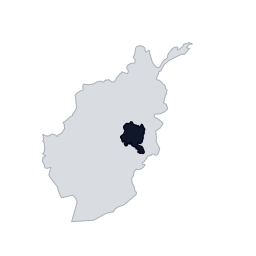 Ghazni on a map of Afghanistan (Natural Earth projection), rotated 337°
{"feature_id": "AFG-1757", "entity_name": "Ghazni", "entity_type": "Province", "adm_level": 1, "iso_a3": "AFG", "parent_name": "Afghanistan", "parent_adm1": "", "projection": "natural_earth1", "projection_center": [67.708, 33.141], "detail": "fine", "context": "in_parent", "style": "filled", "palette": "ink", "viewbox_px": 256, "rotation_deg": 337, "n_neighbors": 0, "source": "natural_earth", "source_scale": "10m", "svg_char_len": 7345}
<svg xmlns="http://www.w3.org/2000/svg" viewBox="0 0 256 256"><g transform="rotate(337 128 128)"><path d="M113.2,73.9L117.7,73.5L120.8,74.0L122.4,75.6L123.9,76.0L125.5,75.2L126.4,75.1L126.8,75.6L127.6,75.8L128.8,75.7L129.4,76.2L129.6,77.1L130.5,78.3L132.0,79.8L133.4,80.1L135.3,79.0L135.9,79.1L136.2,78.7L136.4,77.9L137.5,77.1L139.5,76.4L140.6,75.8L141.0,75.2L141.7,75.1L142.5,75.2L143.0,75.0L143.4,74.3L144.1,74.0L144.7,74.2L147.5,76.8L148.6,77.6L149.1,77.5L150.5,76.0L150.7,74.7L150.3,73.0L150.5,71.6L151.5,70.6L153.1,69.9L155.6,69.7L157.1,69.8L157.7,70.4L158.5,70.7L159.4,70.7L160.3,70.1L161.1,68.8L161.1,67.2L160.4,65.3L160.6,64.7L161.8,63.8L163.1,62.4L164.4,60.5L165.6,58.3L167.1,56.9L168.9,56.4L171.1,57.0L173.7,58.7L174.7,60.9L174.1,63.4L174.0,64.8L174.5,65.1L177.5,64.6L177.9,65.0L177.8,65.7L177.4,66.8L176.9,69.8L176.1,77.3L177.4,81.8L178.3,83.5L179.2,84.1L180.0,84.3L180.9,84.1L182.7,83.0L185.3,80.9L187.9,79.6L191.7,78.9L192.9,76.6L194.6,75.1L198.6,72.9L200.8,72.0L202.0,71.9L205.1,72.7L205.2,73.4L205.0,74.1L204.2,74.7L203.9,75.2L204.3,75.5L205.5,75.7L210.7,74.1L211.9,72.8L213.0,72.7L215.3,73.3L217.0,73.1L217.9,73.7L220.0,75.7L219.3,75.8L218.4,75.4L217.8,74.7L215.7,75.6L213.4,76.8L213.5,77.1L215.6,79.0L211.2,80.9L209.3,82.1L208.8,82.1L205.8,81.1L197.6,81.4L191.3,82.0L188.9,83.0L186.6,83.5L185.4,84.0L184.6,85.1L181.2,87.4L180.6,88.3L178.6,88.2L176.7,90.5L173.8,93.2L173.2,94.4L173.6,95.1L175.2,96.1L175.9,97.0L177.0,99.6L177.5,101.4L178.2,102.2L178.6,104.4L177.9,105.7L177.9,106.3L178.9,108.0L178.6,108.5L177.9,109.3L176.8,111.4L174.8,113.0L173.9,114.4L172.5,115.9L171.9,117.2L171.2,117.9L170.6,118.3L170.8,119.0L171.3,119.9L172.3,120.9L172.3,124.8L171.8,125.9L169.2,127.0L166.7,127.5L163.6,127.5L162.5,127.3L158.2,125.9L156.9,126.6L156.6,128.3L159.0,131.1L160.0,132.7L161.2,135.3L162.0,136.7L161.7,137.9L157.3,140.7L154.6,141.0L152.8,141.5L152.0,142.2L151.4,145.2L150.7,146.2L150.7,147.5L150.2,149.0L149.3,149.9L148.6,151.5L149.2,159.3L146.6,162.5L145.2,163.6L143.9,164.1L142.8,163.9L141.3,162.1L140.4,161.5L139.4,161.6L138.4,162.2L136.8,162.0L135.4,161.4L134.7,161.5L134.3,162.1L132.9,163.4L129.3,165.5L127.8,165.6L127.2,166.2L127.4,167.0L128.1,167.7L129.2,168.2L129.2,168.7L127.4,169.8L125.5,170.5L123.4,170.7L121.2,170.3L120.0,169.4L118.7,169.3L117.5,170.0L116.2,171.1L114.4,173.9L111.9,175.6L111.2,177.3L110.4,180.4L110.6,184.9L110.3,186.9L109.7,188.3L109.9,189.3L110.7,190.5L110.4,191.3L109.6,192.1L108.9,192.6L94.8,197.0L92.5,197.1L91.3,196.9L87.3,196.9L85.7,197.2L84.0,197.8L82.8,198.6L81.8,199.6L80.2,199.0L74.9,198.0L60.7,199.4L59.3,199.1L39.5,192.2L52.0,176.8L52.4,175.5L52.4,173.0L51.7,169.7L50.5,168.1L39.7,166.3L39.3,163.7L39.5,162.5L39.4,160.3L39.4,158.5L40.0,155.7L40.0,154.4L36.8,141.6L36.8,140.3L38.9,137.4L41.5,134.5L41.4,134.0L40.1,133.7L38.2,133.7L37.1,133.2L36.3,132.4L36.0,131.3L36.6,129.2L36.2,125.2L38.2,121.8L41.4,121.6L39.8,119.2L39.5,118.9L39.4,118.5L39.6,118.1L40.4,117.9L42.3,116.4L42.4,115.5L44.0,113.2L43.9,112.1L45.0,109.4L44.5,107.6L44.4,106.6L45.6,106.0L46.3,103.4L46.8,102.8L46.8,102.1L46.6,101.1L47.6,100.9L48.6,102.3L50.1,103.7L51.1,104.1L52.4,104.3L55.2,103.8L55.8,103.9L58.6,106.3L59.1,106.9L59.4,107.9L59.8,108.2L60.8,107.2L61.8,106.9L63.7,107.2L64.7,106.9L69.5,103.8L69.8,101.9L70.3,100.8L70.9,100.2L70.2,98.0L70.5,97.5L71.1,97.3L72.7,97.3L79.9,94.9L81.7,94.9L82.1,94.7L82.3,94.0L82.8,93.3L86.2,91.5L88.2,89.7L88.9,88.3L92.2,77.2L93.9,76.3L95.6,75.6L101.6,75.3L102.7,71.9L103.2,71.1L104.2,70.3L108.6,72.8L113.2,73.9Z" fill="#d9dde1" stroke="#a8b0b8" stroke-width="1"/><path d="M118.1,138.6L117.7,138.6L117.5,138.1L117.6,137.3L117.7,137.1L117.8,137.0L117.8,136.9L117.8,136.2L117.9,135.9L118.0,135.8L117.9,135.3L117.6,134.2L117.6,133.9L117.8,133.3L117.9,133.2L118.1,133.0L119.2,132.6L119.9,132.4L120.3,132.4L121.6,132.0L121.8,131.9L122.1,131.7L122.3,131.4L122.4,131.2L122.5,131.0L122.7,130.9L123.5,130.1L123.7,129.9L124.2,129.2L124.3,129.1L124.6,128.9L124.7,128.7L124.5,128.1L124.4,127.9L124.1,127.7L124.1,127.3L124.2,127.2L124.3,127.1L124.4,126.7L124.5,126.5L124.5,126.4L124.2,126.1L124.5,125.5L124.5,125.4L124.6,125.1L124.8,124.9L125.3,124.5L125.9,124.6L126.1,124.6L126.5,124.4L126.7,124.0L126.7,123.9L126.8,123.8L127.0,123.7L128.1,123.4L128.4,123.4L128.8,123.5L129.3,123.7L129.7,123.9L130.0,124.3L130.3,124.4L130.9,124.4L131.1,124.4L131.3,124.4L132.1,124.1L132.4,123.9L132.6,123.7L132.8,123.6L133.0,123.5L133.3,123.6L133.5,123.7L133.9,124.1L134.0,124.2L134.0,124.4L134.2,125.1L134.2,125.4L134.2,125.6L134.2,125.9L134.2,126.0L134.2,126.3L134.3,126.5L134.4,126.9L134.4,127.1L134.5,127.4L134.6,127.5L134.8,127.5L135.6,127.9L135.8,128.1L136.4,128.5L136.6,128.7L136.6,128.8L137.7,130.0L137.8,130.1L138.1,130.1L138.5,130.1L138.6,130.4L138.6,130.5L138.5,131.0L138.4,131.2L138.4,131.4L138.4,131.5L138.5,131.5L138.8,131.7L139.3,131.8L139.6,131.8L139.7,131.7L140.8,131.1L141.4,130.3L141.8,130.0L142.1,130.2L142.2,130.3L142.3,130.4L142.3,130.5L142.4,130.8L142.5,131.1L142.5,131.3L142.4,131.3L142.3,131.5L142.2,131.6L142.2,131.8L142.3,132.0L142.4,132.3L142.5,132.5L142.5,132.8L142.5,133.4L142.5,134.0L142.6,134.4L142.8,134.7L142.9,135.0L142.9,135.3L142.6,136.0L142.5,136.3L141.6,137.1L141.4,137.4L141.3,137.8L141.2,138.1L141.2,138.4L141.0,138.6L140.9,138.8L140.1,139.8L138.9,140.7L138.8,140.9L138.7,141.1L138.1,142.9L137.6,143.5L137.3,144.0L136.4,144.9L136.3,145.0L136.1,145.1L136.1,145.3L136.1,145.6L136.0,145.8L135.6,146.1L135.1,146.5L134.9,146.6L134.6,146.8L134.2,146.9L133.5,146.9L133.3,147.0L133.2,146.9L132.5,146.5L131.4,145.4L130.8,146.2L130.3,147.2L130.2,147.3L130.5,147.7L131.7,148.7L131.8,149.0L132.3,149.5L132.9,150.0L133.2,150.2L133.3,150.2L133.3,150.3L133.6,151.2L133.7,151.7L133.8,151.9L133.8,152.0L133.7,152.4L133.6,152.6L133.6,152.8L133.7,153.4L133.7,154.0L133.5,154.3L133.5,154.6L133.7,155.2L133.7,155.4L133.7,155.5L133.6,156.0L133.3,156.8L132.8,157.1L132.7,157.2L131.9,157.2L131.7,157.2L131.4,157.0L131.2,156.8L130.9,156.6L130.6,156.4L130.2,156.2L129.4,156.1L129.1,155.9L128.9,155.7L129.0,155.6L129.0,154.9L129.0,154.7L128.8,154.5L128.7,154.4L128.4,154.3L128.0,154.4L127.9,154.4L127.8,154.1L127.8,153.9L127.9,153.7L128.0,153.6L128.1,153.4L128.4,153.5L128.6,153.5L129.1,153.3L129.3,153.1L129.5,152.9L129.7,152.7L129.8,152.6L129.8,152.4L129.7,152.2L129.2,151.8L128.6,151.7L128.4,151.1L128.2,150.8L127.4,150.2L128.3,149.2L127.8,148.9L127.7,148.8L125.7,146.8L125.7,146.7L125.3,146.2L125.0,145.7L124.9,145.5L124.9,145.3L124.9,145.2L125.0,145.1L125.3,145.0L125.4,144.9L125.4,144.7L125.2,144.6L124.7,144.4L124.6,144.2L125.2,143.7L125.3,143.6L125.4,143.4L125.4,143.2L125.2,142.9L125.1,142.7L125.2,142.4L124.9,142.4L124.9,142.5L124.7,142.7L124.5,143.0L124.4,143.2L124.3,143.3L124.2,143.3L123.7,143.3L123.4,143.2L123.1,143.1L123.1,142.9L123.0,142.7L122.9,142.7L122.4,142.7L122.2,142.6L122.0,142.4L122.0,142.1L121.9,141.8L121.9,141.7L121.7,141.6L121.3,141.5L121.0,141.5L120.8,141.6L120.7,141.6L120.7,141.9L120.7,142.0L120.8,142.1L120.9,142.4L121.0,142.5L120.9,142.6L120.9,142.8L120.6,143.1L120.5,143.4L120.5,143.5L120.4,143.6L119.9,143.7L119.7,143.6L119.1,143.5L118.9,143.4L118.7,143.1L118.6,142.9L118.6,142.6L118.5,142.0L118.5,141.8L118.6,141.6L118.6,141.4L118.6,140.9L118.6,140.7L118.7,140.4L119.2,140.0L119.3,139.9L119.4,139.7L119.5,139.6L119.7,139.4L119.8,139.3L119.8,139.1L119.7,138.9L119.7,138.7L119.4,138.6L118.1,138.6Z" fill="#0f172a" stroke="#020617" stroke-width="1.5"/></g></svg>